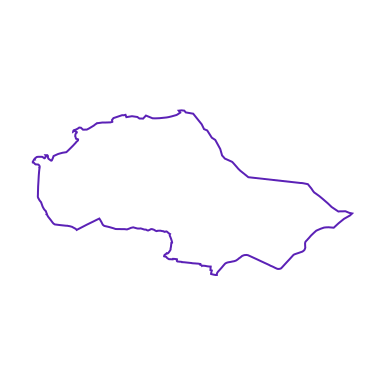 Alimosho, Lagos, Nigeria, rotated 96°
{"feature_id": "59680162B54313559089261", "entity_name": "Alimosho", "entity_type": "district", "adm_level": 2, "iso_a3": "NGA", "parent_name": "Nigeria", "parent_adm1": "Lagos", "projection": "robinson", "projection_center": [3.269, 6.583], "detail": "fine", "context": "isolated", "style": "outline", "palette": "violet", "viewbox_px": 384, "rotation_deg": 96, "n_neighbors": 0, "source": "geoboundaries", "source_scale": "gbopen_adm2", "svg_char_len": 5745}
<svg xmlns="http://www.w3.org/2000/svg" viewBox="0 0 384 384"><g transform="rotate(96 192 192)"><path d="M122.2,266.2L122.8,267.8L122.9,269.5L126.7,277.8L128.6,279.0L128.8,279.1L130.2,278.6L130.6,278.6L131.3,280.5L131.6,282.8L132.1,286.4L132.3,288.5L133.1,291.8L133.5,293.4L133.7,293.7L133.6,293.8L135.1,295.5L136.3,296.7L136.6,297.1L138.4,299.5L139.8,301.4L140.9,303.1L141.1,304.5L141.4,306.9L139.7,309.2L139.7,310.9L140.7,312.0L141.5,313.1L142.2,314.3L142.8,315.8L143.3,316.3L144.2,316.5L144.4,316.5L144.0,316.0L143.5,315.2L143.6,314.6L143.9,314.1L144.1,313.5L144.3,313.0L144.6,312.8L145.0,312.8L145.7,313.5L146.0,313.6L146.9,314.0L147.4,313.9L148.2,314.0L148.7,314.0L149.0,313.8L150.1,313.3L150.8,313.1L151.2,312.8L151.4,311.4L151.6,310.8L152.2,310.8L152.6,310.8L153.4,311.4L154.2,312.2L155.2,312.8L158.5,315.3L160.0,316.5L163.3,319.2L165.5,321.1L166.5,324.8L167.8,328.2L168.4,329.5L170.7,333.4L173.1,334.0L174.8,334.6L175.2,334.7L175.5,335.1L175.5,335.5L174.8,336.7L174.0,338.1L172.7,339.0L172.3,339.0L171.4,339.0L170.9,339.3L170.5,339.8L170.7,341.6L171.2,341.2L171.8,341.0L172.4,341.3L173.0,341.8L173.7,341.9L173.9,342.4L172.8,344.3L172.7,344.7L172.9,347.3L173.1,348.9L173.5,350.2L174.6,351.2L175.1,351.8L175.6,352.0L176.0,351.8L176.0,352.3L176.2,352.5L177.3,352.9L178.6,353.5L179.3,353.4L179.5,352.3L179.8,351.9L180.4,351.3L180.9,350.4L180.8,349.7L180.8,347.7L181.3,347.0L182.3,346.2L183.7,346.1L183.8,346.4L184.4,346.2L187.8,346.2L191.9,346.1L198.0,345.8L202.6,345.6L205.1,345.4L208.1,345.2L210.2,345.0L211.8,344.9L213.0,344.8L214.4,344.1L214.5,343.9L215.0,343.6L215.5,343.3L216.5,342.5L217.1,341.9L218.0,341.0L218.9,340.6L219.9,340.1L222.2,339.0L224.1,337.7L224.7,337.2L225.0,336.9L225.5,336.4L225.9,335.9L226.4,335.3L228.0,334.6L228.8,334.1L229.4,333.9L229.6,334.1L229.8,333.7L230.3,333.4L231.5,332.6L234.7,329.5L237.0,327.4L237.9,326.4L238.6,325.0L238.7,319.3L238.7,316.2L238.7,313.8L238.6,312.4L238.7,311.8L238.8,309.9L239.2,307.6L239.7,306.5L240.6,304.3L241.1,303.4L241.8,302.7L241.4,302.2L240.1,300.2L235.5,293.2L232.8,288.9L231.7,287.1L229.7,284.0L228.1,281.4L229.2,280.5L231.4,278.9L233.9,277.3L234.9,275.7L235.3,272.2L235.6,270.1L236.3,266.2L236.8,264.1L236.2,257.3L236.0,255.6L236.0,254.7L236.0,252.7L234.9,250.5L234.1,249.1L233.3,246.8L233.8,243.8L234.0,242.4L233.9,240.7L233.7,239.9L233.6,239.4L233.7,238.5L233.9,237.5L234.2,236.1L234.3,235.6L234.3,234.7L234.2,233.9L234.7,232.8L234.9,231.7L234.0,230.0L233.4,229.3L233.1,228.3L233.1,227.8L233.3,227.0L233.4,226.3L233.5,226.0L233.6,225.8L233.7,225.5L233.9,225.0L234.0,224.9L234.3,224.4L234.4,224.0L234.5,223.5L234.6,223.2L234.4,222.5L234.1,222.0L234.0,221.2L234.0,220.8L233.8,219.9L233.8,219.1L233.9,218.5L233.9,218.2L234.0,217.5L234.0,216.8L234.0,216.4L234.1,216.0L234.4,215.6L234.4,215.3L234.5,215.0L234.4,214.7L234.2,214.5L234.2,214.3L233.9,213.3L234.0,212.9L234.5,212.1L235.2,211.2L235.6,210.5L236.1,209.5L236.4,209.7L237.2,209.7L238.2,209.3L239.2,208.7L240.2,208.2L241.0,207.8L242.4,207.2L243.4,206.8L244.2,206.5L244.5,206.5L244.7,207.2L245.0,207.2L245.9,207.2L247.5,207.2L248.6,207.2L249.8,207.3L250.5,207.4L251.1,207.3L251.5,207.3L252.3,207.6L253.6,208.3L254.8,209.0L255.1,209.2L255.4,209.5L255.7,209.9L255.4,210.6L255.9,211.1L256.3,211.3L257.0,212.2L257.3,212.6L257.9,212.9L258.4,213.0L258.8,213.0L258.8,212.7L259.0,212.3L259.1,211.7L259.1,211.0L259.7,210.4L260.4,209.6L261.0,208.3L261.2,207.9L261.1,206.3L261.0,204.1L260.5,204.0L260.4,202.8L260.4,201.6L260.4,200.6L260.5,199.9L260.9,199.9L261.4,200.0L262.0,199.9L262.3,199.7L262.6,199.3L262.6,198.7L262.6,196.9L262.5,195.9L262.6,195.3L262.6,194.8L262.8,194.7L262.7,192.4L262.7,189.2L262.7,187.0L262.7,184.9L262.8,184.7L262.8,183.5L262.7,181.3L262.7,180.5L262.6,178.3L262.7,177.1L262.7,176.3L263.4,176.4L264.0,174.7L264.2,174.0L264.3,174.0L264.2,173.8L264.2,173.7L264.1,172.5L264.1,171.1L264.2,170.1L264.3,168.6L264.3,166.9L264.2,166.1L264.2,165.6L264.7,165.6L265.8,165.6L267.1,165.5L267.7,165.5L268.0,164.1L270.0,164.4L271.0,164.5L271.5,164.5L271.7,163.7L271.8,162.7L272.0,161.2L272.0,160.5L272.1,159.8L271.9,158.6L271.2,158.7L270.5,158.7L269.9,158.5L269.2,158.2L268.4,157.7L267.2,156.8L264.7,155.0L264.3,154.7L263.4,154.1L261.9,153.1L260.2,151.9L259.5,151.3L259.0,150.5L258.6,149.8L258.1,148.5L257.5,146.3L256.9,144.5L256.4,142.8L255.6,141.1L254.7,140.0L253.7,138.9L252.9,138.2L252.2,137.3L250.3,135.4L249.3,133.4L248.9,131.2L249.0,129.8L249.6,127.9L252.2,120.2L253.8,115.6L254.2,114.4L254.8,112.7L255.8,109.7L256.5,107.7L257.2,106.0L257.4,105.2L257.9,103.6L258.4,102.3L258.9,101.0L259.5,99.1L259.5,98.0L259.2,96.6L258.6,95.4L257.3,94.4L255.0,92.7L251.5,90.1L249.0,88.2L246.4,86.3L244.2,84.7L243.4,83.8L242.4,81.7L241.5,79.7L240.5,77.6L239.7,75.9L238.6,74.7L237.6,74.0L235.6,73.5L234.0,73.8L231.1,74.2L229.8,74.0L228.4,73.1L227.9,72.6L227.1,72.1L225.5,70.9L222.9,69.1L219.6,66.3L217.5,64.4L216.5,62.7L215.9,61.6L215.1,60.2L213.6,57.0L213.2,55.2L212.8,52.5L212.7,47.3L207.7,42.9L202.8,38.0L202.3,37.3L198.8,32.4L197.8,31.6L197.6,31.3L196.6,30.5L196.3,33.4L195.1,37.4L195.6,41.1L195.8,43.0L196.1,44.4L194.9,46.7L192.3,51.6L189.1,55.7L185.2,61.3L182.8,64.9L180.5,68.9L179.7,70.4L178.3,71.8L176.1,73.6L172.1,77.6L171.7,81.9L171.6,83.6L171.7,85.0L171.4,137.5L167.2,144.0L165.8,146.2L164.3,148.1L164.0,148.5L163.1,149.4L159.3,153.5L157.9,155.1L157.5,156.2L155.3,162.9L154.3,163.9L152.5,165.9L146.3,168.4L137.8,174.3L135.9,178.0L129.2,183.3L128.2,186.6L123.7,189.4L114.0,199.0L113.5,206.5L111.9,208.2L111.9,211.0L112.5,213.7L114.3,212.0L116.6,214.8L117.1,215.6L118.1,218.1L118.9,220.1L120.0,223.2L120.6,225.4L122.0,232.1L122.5,235.6L122.7,237.6L122.8,239.0L122.0,241.7L120.8,245.8L124.1,248.3L124.4,252.0L123.1,254.2L122.9,259.6L124.4,265.1L124.0,265.3L122.2,266.2Z" fill="none" stroke="#5b21b6" stroke-width="2"/></g></svg>